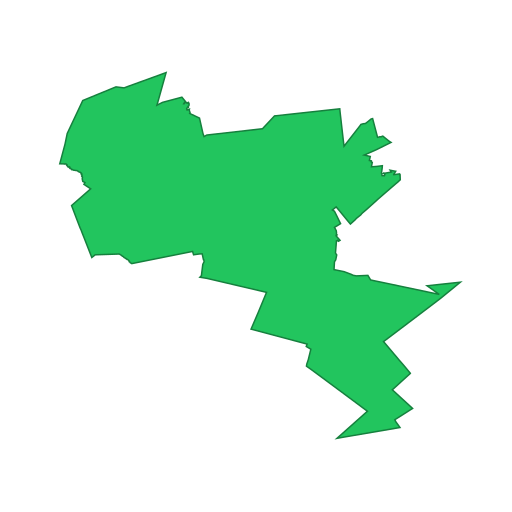 Villa Juárez, San Luis Potosí, Mexico, rotated 97°
{"feature_id": "50627088B60743344831713", "entity_name": "Villa Juárez", "entity_type": "district", "adm_level": 2, "iso_a3": "MEX", "parent_name": "Mexico", "parent_adm1": "San Luis Potosí", "projection": "equal_earth", "projection_center": [-100.218, 22.295], "detail": "fine", "context": "isolated", "style": "filled", "palette": "green", "viewbox_px": 512, "rotation_deg": 97, "n_neighbors": 0, "source": "geoboundaries", "source_scale": "gbopen_adm2", "svg_char_len": 4768}
<svg xmlns="http://www.w3.org/2000/svg" viewBox="0 0 512 512"><g transform="rotate(97 256 256)"><path d="M408.7,92.2L407.8,93.0L403.6,96.9L401.6,98.3L388.2,82.0L372.2,104.4L353.8,88.6L353.6,88.5L350.8,91.5L348.5,93.9L346.1,96.5L343.4,99.5L341.7,101.4L340.0,103.2L338.3,105.0L336.6,106.9L334.8,108.8L332.4,111.4L328.6,115.5L325.4,119.0L304.4,97.3L303.7,96.6L290.9,83.4L275.5,67.6L257.1,50.0L264.7,82.6L271.8,69.4L267.0,125.3L266.2,135.0L265.8,139.3L261.6,142.6L263.4,153.3L263.5,153.9L263.3,157.3L262.6,159.2L260.8,166.7L260.0,176.9L252.2,177.4L250.9,176.8L250.1,176.4L245.1,176.0L244.5,176.5L243.9,177.1L243.2,177.5L235.4,177.8L233.7,177.9L231.2,178.0L231.2,177.5L230.5,176.9L230.9,176.5L231.3,175.9L230.2,174.5L229.2,175.6L227.1,178.0L226.2,179.0L226.0,178.8L225.2,178.1L224.7,178.9L223.3,178.9L222.4,179.1L221.2,179.4L220.3,180.0L218.0,181.6L215.1,177.9L213.6,176.0L210.7,177.9L207.9,179.7L205.0,181.6L202.0,183.6L201.0,185.8L197.5,182.4L199.1,180.7L201.3,178.3L204.3,175.2L205.8,173.6L208.0,171.3L210.1,169.1L212.8,166.2L208.0,162.0L206.5,161.0L202.4,157.0L201.5,156.5L200.7,155.9L200.2,155.5L198.6,154.0L196.2,151.8L192.4,148.5L185.6,142.6L185.1,142.2L179.0,136.7L167.3,126.1L165.3,124.2L163.1,122.4L162.8,122.1L157.8,122.9L157.8,123.3L157.0,123.5L158.5,129.2L158.3,129.3L157.1,128.7L154.9,127.7L154.9,127.9L154.5,133.3L156.2,131.9L156.8,133.9L158.3,138.8L158.0,139.2L158.5,139.6L158.9,138.0L160.7,138.3L160.9,140.7L158.5,141.3L158.4,141.6L155.4,141.5L152.8,141.5L151.0,141.6L152.3,146.8L153.4,152.3L148.9,152.0L148.7,153.0L147.5,153.1L147.4,155.1L143.3,154.7L142.6,160.9L135.7,149.3L126.8,135.8L126.6,136.2L126.3,136.9L125.9,137.7L125.5,138.4L124.9,139.4L124.5,140.0L124.2,140.5L123.5,141.6L122.5,143.2L121.6,144.6L121.6,144.8L121.6,145.0L121.7,145.3L121.9,145.5L122.1,145.8L122.3,146.0L122.5,146.4L122.5,146.8L122.5,147.0L122.5,147.3L122.5,147.6L122.7,147.9L122.9,148.4L123.2,149.1L123.3,149.5L123.4,149.8L105.4,157.0L105.8,158.0L106.0,158.5L109.3,161.6L111.2,163.6L111.6,165.5L112.0,166.5L112.3,167.2L112.6,167.9L114.1,168.7L136.3,182.0L129.9,183.6L102.4,190.2L99.7,190.8L114.7,254.7L128.9,265.1L141.7,318.6L142.0,319.7L143.8,322.1L140.8,323.6L126.0,328.9L122.6,339.2L121.8,338.9L120.1,339.7L119.8,339.8L119.4,340.1L118.4,340.0L119.5,342.2L118.5,342.7L118.2,342.8L117.6,342.6L116.8,341.3L116.0,341.8L115.9,341.8L115.7,341.4L115.0,340.9L113.2,340.9L112.9,341.6L112.3,341.4L112.1,341.7L112.0,341.9L111.8,342.0L112.5,342.9L112.6,343.5L111.8,344.3L112.3,345.1L112.9,345.4L113.7,345.9L113.7,346.3L111.2,345.1L111.2,344.9L107.4,348.9L114.9,367.5L118.4,372.7L113.9,372.0L84.9,367.6L96.3,390.0L102.9,403.0L105.2,407.4L105.2,415.6L114.0,431.3L122.8,446.9L157.4,458.3L168.3,459.2L188.4,462.0L188.0,458.1L188.1,457.9L188.1,457.7L188.0,457.4L188.0,457.2L187.9,457.0L188.0,456.9L187.9,456.7L187.9,456.3L187.8,456.2L187.7,456.0L187.9,455.7L188.0,455.5L188.1,455.3L188.2,455.2L188.3,455.2L188.5,455.2L188.9,455.1L189.0,455.0L189.1,454.8L188.9,454.6L189.2,454.5L189.4,454.3L189.6,454.3L189.8,454.1L190.0,454.0L190.1,453.8L190.3,453.6L190.4,453.4L190.6,453.3L190.7,453.2L190.6,452.8L190.5,452.5L190.3,452.4L190.2,452.3L190.2,452.0L190.3,451.8L190.4,451.7L190.7,451.8L190.8,451.7L191.0,451.5L191.1,451.3L191.3,451.2L191.4,451.3L191.6,451.5L191.8,451.3L191.8,451.0L191.8,450.7L191.8,450.4L192.1,450.2L192.3,450.0L192.5,449.7L192.8,449.4L192.7,449.2L192.5,448.9L192.6,448.6L192.7,448.4L192.9,448.2L193.1,447.1L193.0,446.5L193.1,445.7L193.1,445.0L193.1,444.7L193.0,444.2L193.2,443.7L193.3,443.3L193.5,443.1L193.8,442.8L193.8,442.6L193.9,442.3L194.1,442.0L194.2,441.6L194.3,441.1L194.3,440.7L194.6,440.0L194.9,440.1L195.2,439.8L195.5,439.3L195.8,438.9L195.9,439.0L196.2,439.3L196.5,439.3L196.7,439.1L196.9,438.7L197.2,438.5L197.5,438.5L198.0,438.6L198.0,438.3L198.4,438.1L199.1,437.8L199.3,437.9L200.4,437.9L201.2,437.7L202.0,437.4L203.1,437.0L203.9,434.7L205.9,435.5L208.7,429.8L209.5,428.3L228.4,445.2L241.5,438.3L249.4,434.1L251.5,432.8L253.8,431.6L254.0,431.5L255.5,430.7L258.2,429.2L277.5,418.8L274.4,415.7L270.9,393.3L270.7,392.0L271.1,391.0L271.6,390.0L271.9,389.3L272.4,388.8L272.5,388.6L272.6,388.1L272.7,387.7L273.1,387.3L273.6,386.7L273.8,386.1L274.0,385.6L274.2,385.3L274.4,385.1L274.4,384.8L274.4,384.5L274.7,384.1L274.9,383.9L275.1,383.7L275.0,383.3L275.5,382.4L276.0,381.7L276.3,381.3L276.9,381.3L277.1,381.2L277.2,380.7L277.3,380.5L277.9,380.1L278.7,378.4L259.2,319.5L262.4,318.1L260.9,312.5L260.4,309.7L266.1,307.7L266.2,307.3L267.9,306.8L270.8,307.8L282.2,307.8L283.9,309.1L284.2,301.9L290.8,241.1L311.7,246.9L329.2,252.0L337.2,194.5L339.7,195.1L341.8,190.2L352.7,191.5L355.1,192.0L356.9,192.4L358.6,192.5L359.2,192.5L361.7,187.8L372.0,169.6L385.1,146.5L396.5,126.5L427.1,153.4L425.4,147.9L408.7,92.2Z" fill="#22c55e" stroke="#15803d" stroke-width="1.5"/></g></svg>